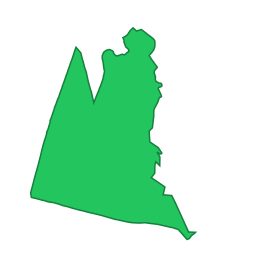 outline of Taniche, Oaxaca, Mexico, rotated 280°
{"feature_id": "50627088B3574093962845", "entity_name": "Taniche", "entity_type": "district", "adm_level": 2, "iso_a3": "MEX", "parent_name": "Mexico", "parent_adm1": "Oaxaca", "projection": "orthographic", "projection_center": [-96.759, 16.568], "detail": "fine", "context": "isolated", "style": "filled", "palette": "green", "viewbox_px": 256, "rotation_deg": 280, "n_neighbors": 0, "source": "geoboundaries", "source_scale": "gbopen_adm2", "svg_char_len": 4839}
<svg xmlns="http://www.w3.org/2000/svg" viewBox="0 0 256 256"><g transform="rotate(280 128 128)"><path d="M198.5,62.8L195.7,62.3L195.5,62.2L192.2,61.8L186.1,60.9L181.8,60.1L171.0,58.4L167.8,57.8L167.4,57.7L167.2,57.7L164.8,57.4L159.3,56.4L157.7,56.1L156.2,56.0L155.9,55.9L149.6,54.8L146.4,54.4L144.6,53.8L143.4,53.6L139.6,53.0L135.4,52.1L134.8,52.1L133.0,51.9L123.9,50.5L121.7,49.9L120.8,50.4L117.1,49.9L112.5,49.4L109.8,48.6L109.3,48.8L105.7,48.7L103.7,48.3L102.6,48.2L100.5,47.8L100.4,47.9L97.6,47.5L89.9,46.9L85.6,46.7L82.1,46.4L74.1,45.8L73.9,45.7L61.2,44.5L55.4,44.1L52.2,43.8L47.2,43.4L42.9,44.9L42.5,51.1L41.9,57.0L42.1,57.8L41.5,61.0L41.4,63.6L41.6,67.5L41.0,73.2L40.2,77.7L40.1,81.5L39.7,84.7L39.3,88.0L38.6,96.0L38.7,96.3L38.5,99.4L38.2,102.1L38.1,103.2L37.9,108.0L37.4,115.7L35.8,131.1L35.8,133.5L35.4,142.6L35.4,148.0L36.0,153.0L36.4,155.9L37.7,161.4L37.8,165.5L38.3,173.9L37.8,183.6L37.6,188.0L37.7,188.5L37.2,192.0L36.8,195.1L34.2,198.4L31.7,201.5L30.1,203.5L28.5,205.5L29.8,207.6L32.9,209.2L33.8,209.9L35.8,211.8L37.0,212.6L36.1,205.7L62.7,187.5L69.1,182.8L68.3,174.2L76.3,174.6L83.0,159.9L83.2,159.5L88.1,162.2L93.0,161.4L96.6,160.9L99.5,161.3L96.4,165.8L103.6,164.7L105.1,164.4L109.4,160.7L108.0,163.9L108.2,165.1L109.2,165.7L113.9,161.2L118.1,151.9L128.5,149.4L130.0,150.3L130.5,150.6L130.8,150.9L131.2,151.2L131.8,151.7L132.4,151.9L133.0,152.0L133.5,152.0L134.3,151.9L134.8,151.8L135.4,151.8L135.7,151.8L136.1,151.8L136.5,151.8L137.2,151.7L137.7,151.6L138.1,151.6L138.6,151.6L139.0,151.6L139.5,151.6L140.0,151.6L140.6,151.5L140.9,151.5L141.5,151.5L142.2,151.4L142.7,151.5L143.1,151.4L143.5,151.3L144.0,151.3L144.6,151.2L145.0,151.2L145.5,151.1L146.2,150.9L146.7,150.9L147.5,150.7L148.0,150.6L148.5,150.6L148.9,150.5L149.5,150.5L150.3,150.4L150.8,150.4L151.5,150.6L152.1,150.8L153.4,151.1L154.2,151.4L154.7,151.6L156.6,152.2L157.2,152.4L157.5,152.6L158.3,152.7L158.7,152.8L159.2,153.0L160.1,153.1L160.6,153.2L161.1,153.2L161.7,153.3L162.4,153.4L162.8,153.6L163.0,153.7L163.6,153.9L163.8,154.2L163.8,154.4L164.0,154.7L164.2,155.0L164.5,155.3L164.9,155.5L165.4,155.3L165.6,155.1L166.2,154.8L166.9,154.5L167.5,154.1L169.0,152.9L169.9,152.4L170.6,151.9L171.2,151.5L171.5,151.1L172.3,150.9L172.9,151.0L173.3,151.2L173.6,151.8L173.8,152.1L174.1,152.8L174.3,153.3L174.6,153.6L175.0,153.9L175.4,154.0L176.1,154.0L176.5,153.8L176.9,153.5L177.3,153.3L177.6,152.9L177.8,152.4L177.7,151.6L177.7,150.8L177.8,150.1L178.1,149.5L178.4,148.7L178.7,147.8L179.3,147.1L180.4,146.5L181.7,146.3L182.4,146.2L182.9,146.3L183.1,146.3L183.4,146.1L183.6,145.9L184.0,145.6L184.4,145.5L184.8,145.4L185.0,145.3L185.5,145.0L185.8,144.7L186.1,144.5L186.7,144.3L187.5,144.1L188.3,144.1L188.8,144.2L189.4,144.4L190.5,144.9L191.1,145.3L191.7,145.8L192.2,146.1L193.0,146.2L193.5,145.9L194.3,144.7L195.1,144.1L196.1,142.9L197.0,142.1L197.3,141.9L197.7,141.3L198.2,140.8L198.7,140.4L199.2,139.8L200.0,138.9L200.8,138.3L201.3,137.9L201.9,137.3L202.2,136.9L202.6,136.6L203.0,136.4L203.4,136.4L203.9,136.7L204.4,137.0L204.9,137.4L205.3,137.6L205.9,138.0L206.1,138.1L206.6,138.4L207.2,138.7L207.8,139.0L208.4,139.3L209.1,139.6L209.6,139.8L210.1,139.9L210.5,140.0L211.0,140.0L211.5,140.2L212.3,140.2L213.2,140.2L214.2,140.2L214.5,140.1L214.9,140.0L215.2,139.9L215.6,139.9L216.0,139.8L216.5,139.8L217.2,139.6L217.6,139.4L217.9,139.3L218.3,139.2L218.6,139.1L218.8,139.1L220.4,137.2L222.0,134.2L223.1,132.0L223.3,131.6L227.3,124.2L225.3,120.1L225.2,120.1L225.1,119.4L227.5,115.6L224.5,113.3L219.6,111.2L217.6,109.2L216.9,108.4L216.1,107.3L215.4,107.8L214.6,108.2L213.9,108.7L213.3,109.0L212.7,109.0L212.1,109.0L211.3,109.5L210.0,110.2L209.3,110.6L208.5,111.1L207.6,111.7L207.2,112.1L206.8,112.7L206.5,113.3L206.4,113.5L206.3,114.0L205.8,114.4L205.3,114.8L204.6,115.2L203.9,115.6L203.7,115.7L203.3,115.3L202.6,114.5L201.4,113.4L200.7,112.9L200.1,112.4L199.7,112.1L199.6,111.8L199.4,111.5L199.4,111.4L199.4,111.2L199.4,110.7L199.6,110.2L199.7,109.7L199.6,109.3L199.4,109.0L199.3,108.7L199.1,108.4L198.6,107.6L198.1,106.7L197.5,105.6L197.2,105.1L197.1,104.8L197.1,104.5L197.2,104.1L197.2,103.5L197.3,103.2L197.8,102.3L198.3,101.6L198.7,101.2L198.9,101.2L199.4,100.9L200.0,100.5L200.7,100.1L201.2,99.4L201.5,98.8L201.5,98.7L202.1,96.3L202.0,95.8L201.5,94.8L201.0,93.4L200.1,92.5L198.8,91.2L197.8,90.7L196.5,90.6L195.0,90.1L193.8,90.2L191.5,90.7L189.0,91.9L186.1,92.8L184.0,93.4L182.8,93.9L181.5,94.2L180.7,94.7L179.9,95.0L178.6,95.0L176.6,95.0L174.4,94.7L173.5,95.0L173.4,95.0L173.2,95.2L172.5,94.8L171.6,94.8L164.6,93.6L163.4,93.3L162.1,93.0L161.5,93.0L155.5,91.7L155.1,91.6L147.6,90.1L147.0,90.0L147.5,89.8L148.0,89.5L153.8,87.0L155.4,86.4L157.9,85.3L158.9,84.6L160.3,83.9L161.4,83.4L166.1,81.2L166.6,80.9L173.7,78.0L175.6,77.3L179.5,75.1L180.0,74.8L185.8,72.2L187.6,71.2L193.5,68.6L193.8,68.5L198.5,62.8Z" fill="#22c55e" stroke="#15803d" stroke-width="1.5"/></g></svg>